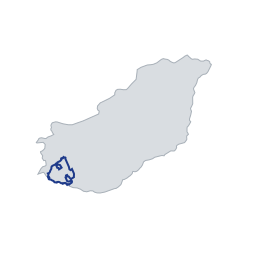 location of Zala within Hungary, rotated 339°
{"feature_id": "HUN-3159", "entity_name": "Zala", "entity_type": "County", "adm_level": 1, "iso_a3": "HUN", "parent_name": "Hungary", "parent_adm1": "", "projection": "robinson", "projection_center": [16.808, 46.674], "detail": "fine", "context": "in_parent", "style": "outline", "palette": "blue", "viewbox_px": 256, "rotation_deg": 339, "n_neighbors": 0, "source": "natural_earth", "source_scale": "10m", "svg_char_len": 3962}
<svg xmlns="http://www.w3.org/2000/svg" viewBox="0 0 256 256"><g transform="rotate(339 128 128)"><path d="M206.1,81.4L208.9,81.1L209.0,81.1L209.7,81.3L210.2,83.0L210.3,83.1L211.0,84.3L211.7,85.8L212.7,86.9L214.9,87.4L217.8,88.8L219.7,91.5L222.5,92.6L223.3,92.5L225.3,92.4L225.7,92.9L227.3,94.2L228.0,95.4L227.7,96.6L228.0,97.9L228.6,98.4L227.9,99.4L222.9,104.0L220.9,105.2L219.5,105.4L217.4,104.9L215.2,105.3L213.3,106.3L211.5,106.6L210.2,107.8L208.5,110.3L206.3,112.4L204.2,113.7L203.1,114.9L203.1,119.0L201.9,120.1L200.3,121.3L199.4,122.4L197.1,128.6L195.2,130.5L193.4,132.1L193.2,133.5L193.3,135.1L191.3,138.2L188.7,141.5L188.2,142.9L188.8,144.7L186.3,146.8L184.9,147.8L183.6,148.3L182.9,149.6L181.7,152.8L182.1,154.3L182.1,155.6L180.0,156.4L179.4,157.8L178.9,159.6L178.0,160.4L175.6,161.9L169.5,161.3L167.2,161.8L166.5,162.8L166.4,163.7L165.6,164.5L164.3,165.5L162.9,166.0L159.7,164.7L152.9,166.0L151.7,166.9L150.8,166.3L149.3,165.7L142.5,164.9L139.8,165.5L136.2,165.3L132.8,164.6L130.4,165.2L128.2,167.7L127.1,168.5L126.3,169.1L124.4,169.9L122.9,170.8L120.8,171.5L118.9,171.4L117.1,170.3L116.5,170.6L116.0,171.6L115.0,172.4L112.4,173.5L111.7,173.5L109.5,174.3L106.2,174.7L104.5,174.4L101.5,177.9L100.6,178.5L97.7,179.6L95.3,180.1L93.3,179.7L92.5,179.7L83.5,179.5L78.7,178.7L75.7,177.4L73.7,175.8L72.7,174.2L70.4,173.1L66.7,172.8L63.8,171.1L61.7,168.1L59.0,165.7L55.4,164.0L52.7,161.5L50.6,158.3L46.9,155.4L41.6,152.9L40.0,152.3L39.7,151.5L37.1,148.3L35.9,147.2L36.1,145.6L35.5,144.7L34.6,144.1L34.1,141.8L33.8,140.1L33.0,139.0L27.4,138.8L32.1,134.8L34.5,133.6L37.2,133.8L38.1,133.5L38.4,132.9L38.8,131.6L39.1,130.3L39.3,129.1L39.0,128.5L37.7,128.3L37.1,125.4L37.7,124.3L38.4,123.5L37.6,120.0L37.8,118.8L40.0,118.6L41.8,117.9L43.2,117.0L43.6,116.0L44.8,113.7L43.7,111.0L37.5,109.3L37.2,108.6L38.7,107.8L40.2,106.7L41.1,105.9L42.3,105.8L43.9,106.2L46.9,108.2L48.1,108.4L49.2,107.9L50.3,107.7L53.6,107.8L56.4,107.4L55.8,105.3L55.8,103.7L55.3,102.5L55.6,101.2L56.7,100.2L57.0,97.8L58.8,96.2L59.6,96.0L62.6,96.3L63.3,96.7L63.8,96.8L68.7,100.7L73.3,103.5L77.0,105.0L82.5,105.1L88.4,105.3L98.2,104.8L105.6,104.4L106.1,103.7L107.2,101.9L106.3,100.5L106.3,98.7L107.5,96.5L111.1,94.6L121.5,93.7L127.5,92.3L128.3,90.4L130.3,88.5L132.1,88.2L134.6,89.0L137.6,90.7L140.2,91.6L141.8,91.0L147.0,88.2L153.0,85.5L157.0,78.0L157.5,76.8L162.0,76.0L168.6,76.1L172.0,77.1L174.5,77.6L178.3,77.5L183.8,75.9L185.8,75.9L187.4,77.0L189.2,78.0L190.4,79.2L191.3,80.9L191.8,81.5L192.6,82.4L194.0,83.6L195.4,83.9L205.5,81.8L206.1,81.4Z" fill="#d9dde1" stroke="#a8b0b8" stroke-width="1"/><path d="M41.8,153.4L41.4,153.1L40.1,152.4L39.9,152.3L39.5,150.7L38.5,149.9L37.4,148.4L36.3,147.9L35.8,147.5L35.7,147.2L35.8,146.6L36.4,146.4L36.6,146.3L36.8,146.1L36.7,145.4L36.2,145.1L35.7,145.1L35.7,144.9L37.1,143.0L36.9,141.7L38.3,141.7L39.5,140.9L40.1,140.0L41.5,138.9L42.0,138.2L42.4,137.3L42.9,136.6L44.0,136.2L47.0,136.0L48.1,135.4L48.7,135.6L49.3,135.6L49.6,134.9L51.0,134.6L51.7,134.7L53.1,134.4L54.3,133.8L54.6,133.4L54.4,132.9L54.8,132.4L55.6,132.4L55.7,132.7L55.9,132.9L56.2,132.9L56.5,132.9L57.4,132.0L57.7,132.4L58.0,132.7L58.8,133.0L59.0,133.3L58.8,133.8L58.6,134.1L58.5,134.6L58.9,143.0L58.5,145.6L59.4,146.8L61.0,146.2L61.2,151.1L60.8,152.4L60.3,153.3L59.9,154.5L56.5,155.2L55.7,153.7L55.4,152.3L54.6,151.6L54.3,150.0L53.1,150.1L52.9,151.6L52.0,151.7L52.0,152.8L52.1,154.3L52.2,156.0L53.4,156.7L54.9,156.9L56.1,156.4L56.6,157.4L56.4,158.2L55.9,158.8L55.3,159.0L54.8,159.0L52.7,159.7L52.0,158.9L50.8,159.3L50.6,158.8L50.7,158.2L50.4,157.6L50.2,157.4L50.0,157.1L49.6,156.7L49.4,156.7L49.4,156.9L49.3,157.0L49.1,156.9L49.0,156.7L48.8,156.6L48.7,156.5L47.8,156.3L47.5,156.2L47.3,156.7L47.1,156.7L46.8,156.1L45.8,155.6L45.3,154.9L44.8,154.2L44.3,153.7L43.6,153.3L42.8,153.1L42.5,153.0L42.3,153.0L42.1,153.1L42.0,153.4L41.8,153.4ZM48.8,141.9L50.7,141.5L51.8,141.2L51.3,138.3L49.8,137.1L47.6,137.4L47.7,139.8L48.8,140.4L48.8,141.9Z" fill="none" stroke="#1e3a8a" stroke-width="2"/></g></svg>